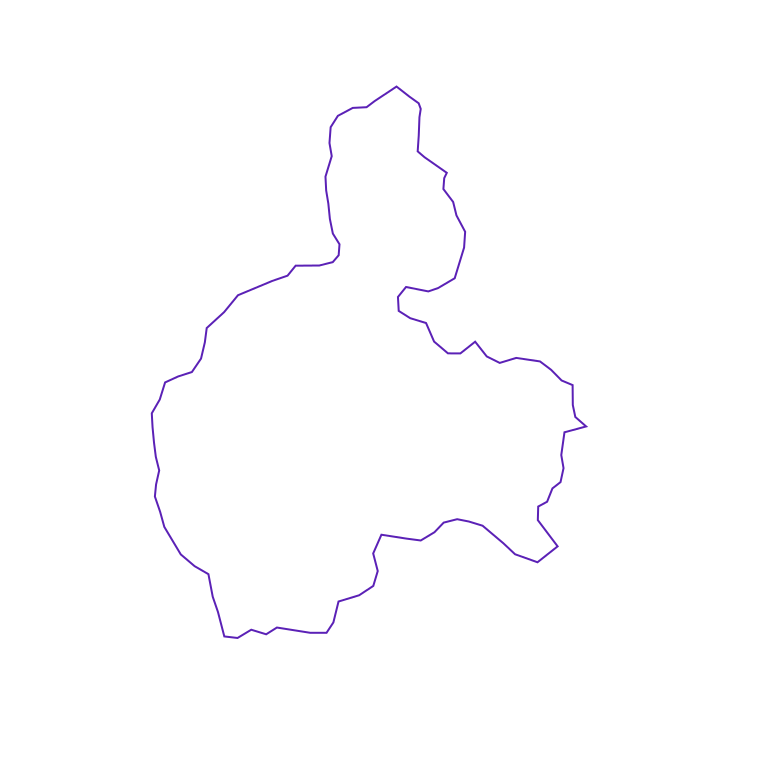 Hapcheon-gun, South Gyeongsang, South Korea, rotated 17°
{"feature_id": "91817680B92973690121395", "entity_name": "Hapcheon-gun", "entity_type": "district", "adm_level": 2, "iso_a3": "KOR", "parent_name": "South Korea", "parent_adm1": "South Gyeongsang", "projection": "albers", "projection_center": [128.156, 35.595], "detail": "fine", "context": "isolated", "style": "outline", "palette": "violet", "viewbox_px": 768, "rotation_deg": 17, "n_neighbors": 0, "source": "geoboundaries", "source_scale": "gbopen_adm2", "svg_char_len": 1556}
<svg xmlns="http://www.w3.org/2000/svg" viewBox="0 0 768 768"><g transform="rotate(17 384 384)"><path d="M382.3,163.7L356.5,155.3L348.2,151.7L344.6,136.3L339.9,118.5L338.7,110.2L335.1,105.4L324.4,101.8L309.0,95.9L292.4,116.1L286.4,124.4L273.4,129.1L261.5,141.0L257.9,154.0L261.4,169.5L267.4,181.4L267.4,202.8L272.1,215.8L278.0,227.7L284.0,242.0L291.1,255.1L300.6,263.4L303.0,274.1L299.4,282.4L287.5,289.6L264.9,296.7L260.1,308.6L247.0,318.1L218.4,341.8L210.1,362.0L198.1,382.3L200.5,396.6L201.6,413.2L196.8,428.7L184.9,437.0L174.2,446.5L174.1,464.4L170.5,479.9L173.2,487.3L175.3,493.0L181.2,507.3L187.1,520.4L194.3,532.4L195.4,546.7L197.8,558.6L207.3,571.7L215.7,584.9L239.5,606.4L256.2,613.6L271.7,617.2L282.4,637.5L291.9,650.6L305.1,672.1L318.2,669.7L328.9,657.8L344.5,657.8L352.8,648.2L386.2,643.5L401.8,638.7L405.3,626.8L404.1,605.3L422.0,593.3L432.8,580.2L432.7,564.7L423.2,549.2L425.6,528.9L450.6,525.3L464.9,522.9L475.6,511.0L481.6,499.1L493.5,491.9L505.4,490.7L519.7,490.7L544.7,501.4L559.1,508.5L582.9,509.6L597.5,488.5L588.8,482.2L570.9,469.2L567.3,456.1L574.4,448.9L575.6,434.6L581.5,426.2L580.3,412.0L574.3,400.1L570.7,377.4L589.7,365.5L576.6,359.6L570.7,348.9L564.7,329.9L552.8,328.7L539.7,321.6L526.6,316.8L502.8,320.4L488.5,330.0L474.2,327.6L458.8,316.9L448.1,332.4L436.2,336.0L419.5,328.8L406.4,313.4L389.8,313.4L376.7,309.8L371.9,296.7L376.7,284.8L399.3,282.5L407.6,276.5L420.7,262.2L420.7,249.2L420.7,230.1L417.1,214.7L404.0,201.6L396.9,189.7L383.8,180.2L381.4,169.5L382.3,163.7Z" fill="none" stroke="#5b21b6" stroke-width="2"/></g></svg>